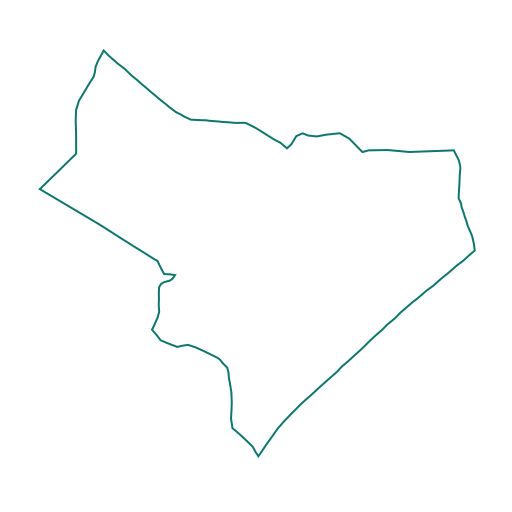 Al-Ramadi, Al-Anbar, Iraq (Natural Earth projection), rotated 272°
{"feature_id": "34846034B54493291917017", "entity_name": "Al-Ramadi", "entity_type": "district", "adm_level": 2, "iso_a3": "IRQ", "parent_name": "Iraq", "parent_adm1": "Al-Anbar", "projection": "natural_earth1", "projection_center": [43.152, 33.24], "detail": "fine", "context": "isolated", "style": "outline", "palette": "teal", "viewbox_px": 512, "rotation_deg": 272, "n_neighbors": 0, "source": "geoboundaries", "source_scale": "gbopen_adm2", "svg_char_len": 2314}
<svg xmlns="http://www.w3.org/2000/svg" viewBox="0 0 512 512"><g transform="rotate(272 256 256)"><path d="M368.5,449.9L368.0,443.4L365.3,405.8L366.5,383.8L365.5,364.7L363.6,358.8L363.8,358.5L368.5,353.6L376.6,345.1L381.6,335.5L379.7,321.9L377.6,312.6L378.2,304.0L380.1,298.6L380.0,297.7L377.2,292.1L368.8,287.4L364.7,283.2L370.0,276.5L373.1,270.0L383.7,251.7L387.8,243.0L388.4,241.9L388.7,239.7L388.3,230.7L388.7,223.6L388.8,217.9L389.1,214.4L389.3,209.5L389.5,204.9L389.9,201.2L389.8,196.5L389.9,191.3L390.0,185.9L390.2,185.6L392.6,179.9L394.7,176.1L396.9,171.2L401.8,164.1L404.7,160.5L408.2,155.6L413.0,149.5L416.8,144.5L420.0,140.7L423.4,136.2L427.7,131.1L432.0,125.3L438.0,118.8L443.5,111.1L451.0,101.9L456.0,96.6L445.0,91.1L439.5,89.1L434.3,88.6L429.6,87.6L424.7,84.6L409.9,76.4L404.9,73.6L402.9,73.1L395.6,71.1L390.3,71.1L384.0,71.1L376.9,71.6L372.7,71.9L352.0,72.7L339.5,60.8L323.5,45.5L319.7,41.9L315.3,37.6L286.7,89.9L280.7,100.7L274.7,110.9L268.1,122.0L261.6,133.1L256.7,141.7L252.4,149.1L249.8,153.5L247.7,157.7L242.8,160.2L237.5,163.2L234.7,164.9L234.7,170.2L234.1,175.7L230.6,173.6L228.5,170.9L226.6,164.9L224.6,161.9L221.2,160.2L215.2,160.2L209.1,160.5L203.5,160.5L196.7,161.2L191.1,159.8L184.5,157.2L178.9,154.8L178.7,154.7L172.8,160.1L168.6,163.4L166.2,169.4L164.3,174.9L162.4,180.5L163.9,186.2L164.8,191.1L162.6,198.7L159.4,206.6L156.4,213.3L153.1,220.7L151.1,223.7L147.7,226.5L143.5,231.1L138.8,232.5L133.2,233.2L124.9,235.0L118.5,236.2L108.7,236.9L100.5,236.9L92.7,236.7L86.9,237.8L83.1,238.5L78.0,245.0L74.5,249.1L69.4,254.9L65.0,259.6L60.5,262.1L56.4,265.1L56.0,265.3L60.1,268.1L67.6,272.7L75.7,278.1L84.4,283.8L92.3,290.3L99.0,296.3L105.8,302.6L107.4,304.1L111.6,308.1L120.1,317.1L126.9,323.9L134.8,332.2L142.8,340.7L148.7,345.8L150.4,347.8L154.1,351.8L159.8,357.6L165.2,363.2L169.7,367.6L175.6,373.1L181.8,379.4L187.1,385.1L191.8,389.3L198.5,396.9L204.8,402.7L209.5,407.8L215.7,414.5L218.5,418.0L222.8,422.8L227.0,427.2L232.8,434.6L239.4,441.4L245.8,448.8L253.9,457.5L258.8,463.6L263.9,468.7L269.0,474.4L274.9,473.5L282.1,471.7L284.6,470.8L290.1,468.2L293.6,466.5L298.3,465.0L302.7,463.2L306.4,462.0L311.9,459.8L315.8,459.1L320.5,456.5L326.0,456.5L335.9,456.8L343.8,456.8L351.0,457.2L353.5,456.8L358.7,455.4L366.1,451.3L368.5,449.9Z" fill="none" stroke="#0f766e" stroke-width="2"/></g></svg>